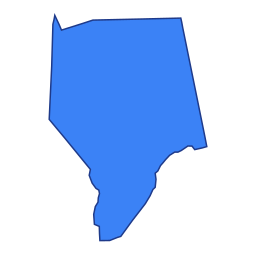 Alagoinha, Pernambuco, Brazil
{"feature_id": "56859067B2538648753645", "entity_name": "Alagoinha", "entity_type": "district", "adm_level": 2, "iso_a3": "BRA", "parent_name": "Brazil", "parent_adm1": "Pernambuco", "projection": "natural_earth1", "projection_center": [-36.752, -8.511], "detail": "fine", "context": "isolated", "style": "filled", "palette": "blue", "viewbox_px": 256, "rotation_deg": 0, "n_neighbors": 0, "source": "geoboundaries", "source_scale": "gbopen_adm2", "svg_char_len": 777}
<svg xmlns="http://www.w3.org/2000/svg" viewBox="0 0 256 256"><path d="M120.8,236.4L132.5,220.3L145.3,203.7L150.1,195.7L152.9,189.5L155.2,187.3L156.0,179.3L155.2,173.2L157.8,171.0L160.5,165.6L162.8,163.0L165.5,159.7L169.6,155.3L174.7,152.1L178.0,152.1L181.3,150.5L187.9,146.0L192.0,146.1L194.7,149.6L202.3,147.9L206.8,146.6L204.8,136.3L203.3,128.9L182.7,27.6L181.7,22.1L180.8,18.1L159.4,18.6L142.8,19.0L111.2,19.7L92.9,20.1L82.8,23.4L61.5,30.1L59.0,24.3L54.8,15.4L54.0,19.7L52.9,24.3L51.7,66.3L49.2,119.4L64.3,137.5L90.4,169.4L89.2,175.3L90.7,179.3L92.2,183.2L96.0,188.4L98.8,190.1L99.5,193.6L98.3,197.8L98.0,202.2L95.3,206.6L93.7,214.4L94.4,224.3L99.3,226.4L99.5,233.5L99.9,240.6L109.7,240.5L117.5,237.4L120.8,236.4Z" fill="#3b82f6" stroke="#1e3a8a" stroke-width="1.5"/></svg>